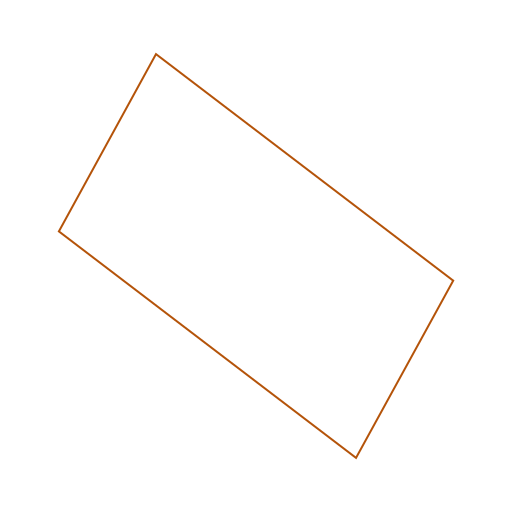 outline of Ashmore and Cartier Islands, rotated 32°
{"feature_id": "ATC", "entity_name": "Ashmore and Cartier Islands", "entity_type": "country or territory", "adm_level": 0, "iso_a3": "ATC", "parent_name": "Oceania", "parent_adm1": "", "projection": "natural_earth1", "projection_center": [123.586, -12.43], "detail": "fine", "context": "isolated", "style": "outline", "palette": "amber", "viewbox_px": 512, "rotation_deg": 32, "n_neighbors": 0, "source": "natural_earth", "source_scale": "50m", "svg_char_len": 223}
<svg xmlns="http://www.w3.org/2000/svg" viewBox="0 0 512 512"><g transform="rotate(32 256 256)"><path d="M436.3,172.4L447.8,374.2L75.8,339.6L64.2,137.8L436.3,172.4Z" fill="none" stroke="#b45309" stroke-width="2"/></g></svg>